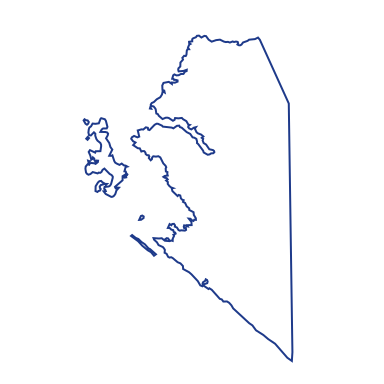 Lamu East, Coast, Kenya, rotated 95°
{"feature_id": "3690345B14280875758697", "entity_name": "Lamu East", "entity_type": "district", "adm_level": 2, "iso_a3": "KEN", "parent_name": "Kenya", "parent_adm1": "Coast", "projection": "natural_earth1", "projection_center": [41.091, -1.907], "detail": "fine", "context": "isolated", "style": "outline", "palette": "blue", "viewbox_px": 384, "rotation_deg": 95, "n_neighbors": 0, "source": "geoboundaries", "source_scale": "gbopen_adm2", "svg_char_len": 6093}
<svg xmlns="http://www.w3.org/2000/svg" viewBox="0 0 384 384"><g transform="rotate(95 192 192)"><path d="M32.4,139.7L34.2,142.6L35.3,148.4L36.6,149.8L38.6,154.2L40.9,155.6L41.7,156.9L41.7,158.3L41.1,159.6L39.8,159.0L38.5,159.6L38.3,161.3L38.9,163.2L38.5,164.6L39.8,167.3L39.3,169.3L39.7,171.4L39.4,173.3L37.8,177.4L38.6,181.2L40.5,185.5L38.8,188.7L35.5,191.6L35.4,193.3L37.3,196.1L35.6,198.7L36.0,200.7L37.5,201.6L38.8,204.3L39.8,205.1L41.9,204.9L42.6,208.0L44.0,207.8L44.7,206.5L45.4,207.6L48.4,208.6L50.0,207.4L50.2,208.9L51.6,209.5L55.7,209.5L57.1,210.1L57.0,211.7L59.2,213.3L60.9,212.5L64.0,214.8L68.0,214.6L70.0,216.3L71.5,216.4L73.0,215.8L72.1,210.9L70.7,207.9L72.0,207.9L72.7,209.5L75.1,210.8L75.4,213.3L76.8,215.4L77.2,217.6L76.4,219.8L77.4,220.9L80.9,221.6L80.9,220.3L81.9,219.6L81.7,218.0L82.1,216.1L83.3,216.0L84.6,218.6L84.7,221.7L86.1,221.5L84.3,224.7L85.8,229.9L88.5,230.9L92.9,230.3L93.4,228.5L95.3,227.9L94.3,230.0L97.5,230.4L100.4,231.9L102.7,235.2L105.7,237.8L106.9,239.9L108.5,240.7L109.8,240.2L110.1,237.7L111.6,236.2L112.7,235.4L116.9,234.4L117.5,232.7L118.9,231.8L121.9,227.7L120.3,224.7L120.1,223.1L120.3,221.6L122.7,217.2L121.7,215.7L119.8,215.3L119.8,211.9L119.1,208.6L120.3,207.2L121.9,203.8L125.2,201.5L125.4,200.1L126.5,201.3L127.6,201.5L128.9,200.4L129.7,198.1L127.8,195.8L127.1,193.8L128.6,194.7L131.9,192.8L133.0,191.4L134.0,187.9L135.7,185.5L137.2,187.0L138.1,185.5L139.7,185.9L142.2,184.7L143.5,182.1L147.9,178.5L148.4,174.8L149.1,173.7L150.3,173.2L151.5,174.1L151.9,176.4L153.0,177.7L153.5,179.6L151.6,183.8L149.9,184.5L143.7,190.0L142.8,191.3L141.4,191.3L138.7,192.3L137.7,194.4L137.5,196.2L134.3,198.8L132.8,202.5L128.8,207.9L128.4,209.7L127.0,210.5L127.4,212.8L130.2,216.1L129.6,217.8L129.4,226.8L128.5,227.7L127.0,231.9L127.1,233.3L128.3,235.1L134.0,239.7L133.7,241.1L131.9,241.6L131.6,243.6L134.0,246.0L134.0,247.8L135.4,251.4L141.4,249.4L142.3,251.1L141.2,254.6L142.8,256.7L144.3,257.2L146.6,255.1L147.6,252.6L150.4,254.7L153.1,249.8L153.1,247.8L156.1,246.0L155.5,244.6L155.5,243.0L156.7,241.9L158.3,241.4L159.3,239.8L159.2,238.3L160.4,237.6L161.9,238.0L164.0,235.9L162.8,234.8L161.1,234.7L159.8,233.7L159.9,231.0L159.3,228.6L160.3,226.6L166.0,223.1L168.2,220.6L169.6,219.8L170.9,220.3L173.8,219.8L174.3,218.2L176.3,218.2L177.7,217.6L178.4,220.6L179.4,221.8L180.1,220.6L180.4,218.4L181.6,217.3L182.8,218.8L184.2,216.9L186.0,216.9L187.9,215.2L189.2,213.4L189.8,211.3L190.2,212.5L192.8,211.6L197.3,206.0L196.1,205.0L196.5,203.4L199.3,202.5L200.5,201.2L200.9,199.6L202.6,200.1L203.5,197.9L206.8,196.0L208.5,193.4L210.1,193.2L212.0,188.7L214.7,188.2L217.8,185.9L219.4,185.7L219.4,187.3L220.7,188.0L220.1,189.7L218.8,191.2L218.8,192.9L221.8,190.0L225.0,189.5L225.5,194.0L226.6,193.3L225.9,196.9L227.3,197.2L228.7,196.6L228.4,195.0L230.3,194.6L231.1,195.7L231.1,199.5L231.6,200.7L231.1,202.1L228.7,203.9L228.0,206.1L226.7,206.0L225.3,207.2L225.6,208.9L226.9,209.7L225.9,211.5L229.9,212.9L229.8,211.1L231.3,209.3L231.6,207.4L233.4,206.7L233.9,205.2L234.9,204.7L236.2,206.8L237.2,206.0L240.1,207.1L242.4,207.0L242.1,208.4L242.9,209.9L242.9,211.6L241.5,210.8L240.3,211.8L240.2,213.2L241.4,214.6L242.9,213.2L242.9,214.8L240.7,218.1L241.2,220.8L241.3,226.3L242.8,225.6L245.2,222.5L247.8,220.7L249.4,216.2L250.6,215.0L252.0,214.0L254.9,214.0L255.8,211.9L258.6,210.2L259.3,208.7L258.8,207.1L259.4,205.6L263.2,200.2L264.1,197.3L266.5,194.6L269.5,194.1L272.2,187.9L274.1,185.3L280.3,178.4L284.3,175.6L285.0,173.4L283.9,172.7L282.6,173.5L281.0,173.2L279.3,171.1L277.8,170.7L278.4,169.3L279.9,168.6L281.5,168.9L282.8,171.9L284.2,172.4L287.2,167.1L286.4,166.3L287.7,163.8L296.0,155.0L296.4,153.0L298.4,151.2L298.0,147.6L299.1,145.4L301.4,142.9L304.4,140.8L317.7,123.6L319.6,120.2L324.2,116.2L328.2,108.5L332.0,103.1L335.9,96.0L348.8,82.6L351.6,77.8L342.9,78.0L95.4,103.3L34.4,137.7L32.4,139.7ZM180.0,259.4L178.5,259.3L177.4,259.8L177.3,261.1L172.9,260.3L172.3,258.7L171.5,260.4L171.4,262.2L169.8,264.5L171.3,266.6L170.2,269.6L169.4,271.1L168.0,272.1L162.4,274.5L163.0,275.6L163.1,277.6L156.7,275.1L154.3,277.2L150.4,278.7L146.0,282.3L142.9,280.9L141.2,280.7L140.1,281.7L139.8,283.5L140.1,288.5L137.6,287.4L136.5,286.2L136.1,282.5L134.5,281.9L128.6,284.0L127.1,285.2L126.4,288.9L127.3,289.6L131.7,290.8L132.5,294.1L132.5,297.0L135.4,298.3L136.7,299.8L138.7,300.3L141.8,300.4L144.4,299.5L144.5,297.7L141.1,294.9L142.3,293.4L144.3,293.3L147.5,291.9L149.1,290.6L151.1,287.6L152.7,286.7L154.3,286.5L159.3,286.8L159.8,291.5L161.2,291.9L159.2,297.3L161.1,298.4L164.7,296.4L168.5,295.2L167.8,294.0L166.2,293.7L167.2,292.3L169.0,291.9L170.2,290.8L169.0,290.0L169.0,288.3L170.4,288.4L172.4,290.5L171.9,291.8L171.9,295.0L172.4,296.3L173.8,296.8L173.4,298.4L175.9,300.1L178.1,300.2L181.7,299.3L182.9,298.4L183.8,296.7L183.0,294.8L180.8,292.6L181.7,287.6L180.8,286.6L180.9,285.1L180.0,284.0L177.7,283.0L176.3,281.3L181.2,275.6L182.1,273.6L183.5,272.3L184.8,272.2L191.0,273.3L192.7,274.1L193.7,275.3L194.6,279.5L196.5,279.8L197.4,278.6L198.6,278.0L199.0,280.1L201.5,277.8L203.9,272.0L203.6,270.6L202.5,269.3L200.6,268.2L197.0,267.4L194.1,265.2L194.1,266.9L194.9,268.4L193.6,269.2L186.4,262.2L182.3,262.5L180.0,259.4ZM241.1,248.9L245.7,241.4L249.9,236.8L253.9,231.0L255.5,227.6L258.8,224.3L257.2,222.5L252.6,228.7L251.9,230.5L248.2,234.4L246.2,238.0L243.5,241.3L242.6,244.1L240.1,247.9L241.1,248.9ZM191.5,279.1L190.1,282.1L188.9,283.5L189.3,285.2L190.7,286.5L194.7,288.5L199.5,288.2L200.2,286.2L199.1,285.2L198.7,283.9L197.0,283.2L196.0,284.1L194.6,284.4L193.0,283.4L191.5,279.1ZM130.1,306.2L133.3,304.0L134.1,302.5L133.0,301.4L131.3,300.9L129.8,302.2L129.7,303.9L128.9,305.4L130.1,306.2ZM224.1,240.3L222.2,238.0L220.6,238.0L219.8,239.5L220.4,240.8L224.4,242.2L224.1,240.3ZM149.1,300.6L147.3,299.3L146.2,300.7L148.1,302.0L149.1,300.6ZM183.6,260.4L183.1,258.8L181.9,259.1L182.4,260.9L183.2,261.1L183.6,260.4ZM180.0,259.4L181.0,259.3L180.8,258.2L180.1,257.9L179.6,258.5L180.0,259.4ZM112.6,239.9L111.0,240.9L112.5,241.2L112.6,239.9ZM171.4,297.7L170.3,296.6L169.9,298.2L171.4,297.7ZM191.5,279.1L192.5,278.5L191.4,277.5L191.5,279.1Z" fill="none" stroke="#1e3a8a" stroke-width="2"/></g></svg>